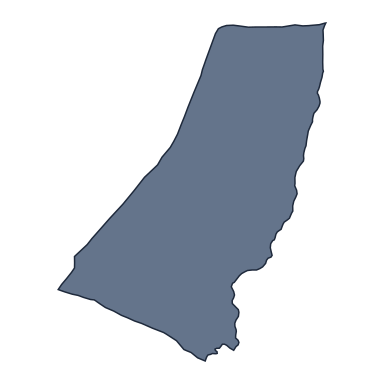 Lower Jloh, Grand Kru, Liberia (Equal Earth projection)
{"feature_id": "62588387B79313023095428", "entity_name": "Lower Jloh", "entity_type": "district", "adm_level": 2, "iso_a3": "LBR", "parent_name": "Liberia", "parent_adm1": "Grand Kru", "projection": "equal_earth", "projection_center": [-8.548, 4.874], "detail": "fine", "context": "isolated", "style": "filled", "palette": "slate", "viewbox_px": 384, "rotation_deg": 0, "n_neighbors": 0, "source": "geoboundaries", "source_scale": "gbopen_adm2", "svg_char_len": 2447}
<svg xmlns="http://www.w3.org/2000/svg" viewBox="0 0 384 384"><path d="M220.3,27.7L218.4,28.7L215.5,33.5L205.4,61.1L205.2,61.8L202.4,69.7L201.0,75.5L193.8,92.7L188.1,106.9L184.5,116.5L181.2,124.6L180.7,125.9L177.5,134.2L173.7,141.5L172.3,143.9L170.3,147.4L162.0,157.2L157.6,164.9L146.3,175.6L144.5,177.3L134.1,190.6L122.8,204.3L109.9,218.2L101.2,228.1L92.0,238.5L88.3,243.2L87.3,244.5L74.5,256.5L74.6,262.8L74.5,268.0L71.5,272.4L66.5,278.7L62.6,283.3L61.6,284.5L58.7,288.8L58.2,289.6L64.8,291.9L72.3,294.2L78.1,295.4L83.5,297.4L90.5,299.5L94.3,299.9L100.2,304.0L105.4,307.5L113.8,311.1L121.0,315.1L121.6,315.4L127.6,317.8L134.6,321.0L141.6,323.4L152.5,328.2L163.6,332.5L166.3,334.1L176.5,340.7L183.9,349.5L186.4,350.6L191.1,352.5L197.6,357.8L205.2,361.0L206.2,358.2L206.9,356.5L208.1,354.9L210.5,354.4L212.4,353.5L214.9,353.7L216.2,353.7L217.2,353.4L217.0,351.6L215.4,350.5L215.0,349.1L216.6,348.3L219.4,348.2L220.9,346.3L222.4,344.2L224.5,344.2L226.7,345.3L229.9,348.1L233.7,350.3L236.0,346.6L238.1,344.9L238.9,342.4L238.0,340.2L235.6,338.0L235.7,335.1L236.3,331.4L236.1,329.7L234.9,326.3L234.8,323.2L236.0,320.1L238.4,316.4L238.9,312.3L238.3,309.6L235.8,307.1L232.3,303.5L232.2,300.5L233.6,297.9L234.5,295.0L233.7,291.6L232.3,288.8L231.3,286.8L232.5,283.3L234.3,282.3L237.6,278.0L239.2,275.9L241.6,273.6L244.8,271.8L247.5,270.5L252.1,270.0L256.5,270.0L259.8,268.6L262.6,266.9L265.6,263.4L266.6,260.1L268.1,258.2L271.0,257.1L272.1,255.4L271.9,254.5L271.1,251.4L270.3,247.8L270.7,243.7L272.7,240.6L274.3,239.8L275.1,237.7L275.9,234.3L277.2,232.0L278.8,230.8L281.1,229.3L282.1,226.5L283.0,224.2L284.2,222.1L287.1,220.1L289.4,218.3L291.6,213.1L292.8,211.1L292.7,205.9L293.8,201.1L295.7,197.3L297.1,193.8L296.6,190.2L294.7,185.8L295.0,183.5L294.9,177.5L295.7,173.8L296.3,171.4L299.7,165.7L303.4,161.1L303.8,158.7L303.5,155.7L303.8,152.9L304.9,148.5L306.0,145.8L306.6,140.7L307.7,134.6L308.3,131.0L310.8,125.2L312.5,121.8L312.5,119.4L313.0,116.7L313.9,113.3L317.0,109.8L319.0,106.2L320.0,103.1L320.0,101.4L319.3,97.9L318.4,95.0L317.4,93.4L317.5,91.4L318.7,89.1L319.5,86.5L320.5,82.3L322.0,77.3L322.7,73.0L323.4,71.3L322.9,69.3L322.7,62.2L322.8,54.5L322.7,46.1L323.4,40.3L323.2,34.2L323.0,30.0L324.6,25.5L325.8,23.0L325.0,23.1L319.3,24.7L309.8,25.5L309.4,25.6L302.8,25.9L295.0,24.9L282.1,27.0L276.0,26.9L265.0,27.0L256.4,27.0L248.5,27.2L238.9,25.9L233.3,25.2L226.5,25.5L221.9,26.9L220.3,27.7Z" fill="#64748b" stroke="#1e293b" stroke-width="1.5"/></svg>